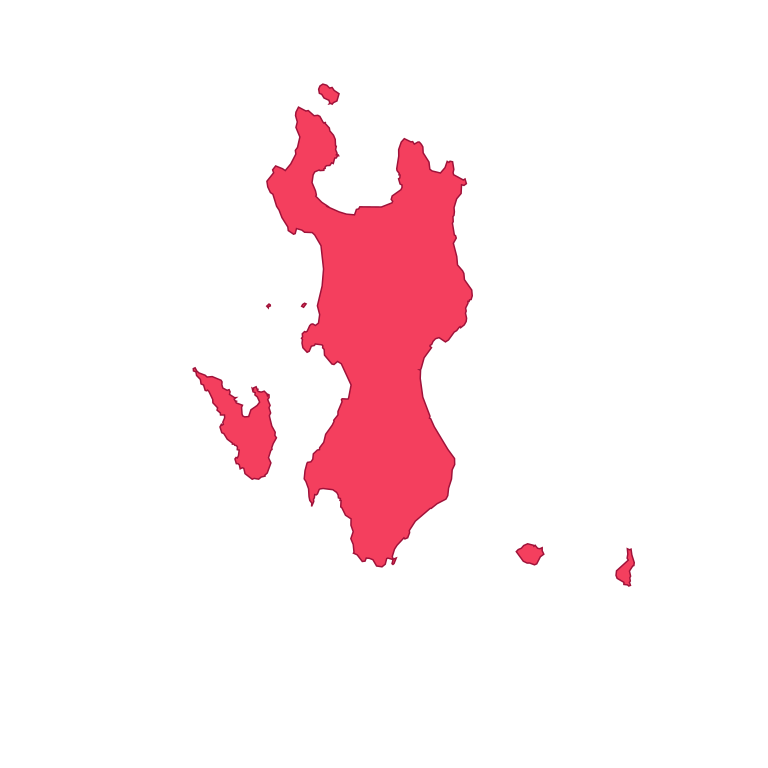 outline of Praslin, Baie Sainte Anne, Seychelles, rotated 242°
{"feature_id": "34574756B43978553392406", "entity_name": "Praslin", "entity_type": "district", "adm_level": 2, "iso_a3": "SYC", "parent_name": "Seychelles", "parent_adm1": "Baie Sainte Anne", "projection": "mercator", "projection_center": [55.728, -4.319], "detail": "fine", "context": "isolated", "style": "filled", "palette": "rose", "viewbox_px": 768, "rotation_deg": 242, "n_neighbors": 0, "source": "geoboundaries", "source_scale": "gbopen_adm2", "svg_char_len": 6168}
<svg xmlns="http://www.w3.org/2000/svg" viewBox="0 0 768 768"><g transform="rotate(242 384 384)"><path d="M312.8,264.3L309.9,262.6L313.2,266.8L315.4,267.7L316.2,269.1L318.9,270.9L317.9,272.1L318.2,273.6L321.3,277.3L321.3,278.5L320.3,281.2L314.7,289.2L310.4,291.3L307.6,291.4L304.9,290.3L303.4,291.7L301.9,290.5L301.3,291.4L295.8,288.1L294.3,288.7L286.2,288.4L280.4,291.6L274.8,288.5L268.1,287.5L263.0,282.1L256.8,281.5L249.5,278.5L249.0,277.6L245.8,280.1L237.5,281.5L236.5,284.1L238.6,286.6L237.1,289.1L234.1,291.7L226.8,292.0L223.5,296.4L224.3,300.5L228.6,304.4L228.5,305.7L224.7,309.6L221.6,306.7L220.5,307.2L220.8,308.6L224.6,313.1L225.0,309.9L227.8,310.3L233.2,315.7L235.5,319.8L238.8,329.4L237.4,329.7L237.1,332.7L240.7,336.8L242.8,337.6L248.2,347.3L252.5,366.4L252.0,367.3L253.4,374.7L253.3,384.7L255.5,387.9L261.8,392.2L268.4,399.0L276.2,403.9L279.7,408.6L285.1,411.3L296.2,409.7L322.6,408.3L331.4,408.9L332.5,408.1L334.0,409.5L354.2,412.1L371.9,418.6L378.9,422.7L379.8,422.1L379.4,423.0L380.7,424.5L388.3,431.7L393.8,443.0L395.7,442.3L396.5,442.8L396.5,444.6L398.6,447.3L399.8,450.8L399.1,454.4L392.3,458.0L392.6,461.6L396.9,470.4L397.0,473.2L398.7,476.9L398.9,478.1L397.7,478.1L398.5,482.6L400.6,485.9L403.3,487.8L408.3,489.2L409.8,490.8L412.7,491.7L415.8,496.0L417.5,496.9L416.9,497.8L418.1,499.0L417.7,500.6L420.4,503.3L425.8,505.6L438.3,504.0L444.1,506.4L447.1,506.5L454.6,504.8L462.4,508.1L475.7,511.3L478.9,516.3L481.4,516.8L482.6,516.1L493.9,519.9L494.8,521.3L499.5,523.5L500.0,524.9L503.0,527.0L506.8,528.6L513.4,535.1L516.0,541.5L523.5,546.0L521.8,547.8L522.2,550.8L527.0,551.8L526.9,549.8L536.1,543.7L538.3,544.3L540.7,546.4L548.0,548.9L549.7,546.9L549.2,545.3L550.9,544.3L546.4,539.5L543.8,532.9L549.5,526.5L552.1,525.3L558.8,527.9L569.7,527.1L575.1,529.6L578.1,529.5L581.0,528.8L581.7,527.6L581.6,523.4L584.6,523.1L585.1,521.5L591.1,517.1L589.5,512.8L584.1,507.0L578.3,504.0L568.1,496.3L566.3,495.7L562.7,496.3L561.7,495.4L560.9,496.3L558.5,494.7L558.4,493.2L553.0,492.1L551.3,493.3L549.1,492.2L547.6,490.2L546.2,479.5L543.6,477.0L541.3,477.5L540.2,476.1L541.5,464.8L551.8,445.8L550.5,443.8L551.1,441.6L547.2,437.4L551.6,430.6L557.0,425.2L567.1,417.3L567.0,418.0L573.6,414.4L581.9,411.9L582.5,413.0L586.8,414.2L595.6,415.0L601.9,419.6L603.8,422.4L603.4,427.2L602.5,427.6L600.9,431.2L602.2,432.0L602.0,433.3L603.1,433.7L603.8,435.7L602.4,438.8L603.9,441.7L602.5,442.7L606.6,446.5L606.0,448.0L607.3,450.0L606.8,451.1L607.7,451.2L608.8,449.6L609.7,450.9L613.7,451.3L616.3,453.5L617.0,453.0L622.9,455.8L627.4,456.2L632.9,455.0L635.7,455.9L642.1,454.3L642.5,455.5L642.6,453.5L643.9,453.1L650.4,453.0L652.3,451.7L653.7,448.2L661.0,445.5L661.7,443.2L668.6,438.5L665.4,433.9L662.5,431.9L656.1,430.5L651.9,426.7L641.6,425.7L633.5,418.7L631.9,415.4L628.4,414.1L622.1,405.0L618.8,397.0L621.7,395.5L627.4,390.7L625.4,386.2L622.3,385.7L618.0,375.8L612.6,373.9L606.4,373.6L603.7,375.0L591.3,372.6L586.8,373.0L578.8,372.0L567.8,372.8L564.4,371.5L558.7,374.5L558.5,376.2L562.3,379.7L558.5,383.7L555.3,385.1L551.4,391.7L548.1,392.8L535.7,393.3L513.9,384.6L499.6,375.4L484.3,361.9L475.5,359.8L468.5,354.7L467.9,350.9L470.4,349.4L471.0,347.8L470.4,345.8L466.7,341.0L466.6,339.4L467.6,338.5L466.7,335.4L463.8,334.2L463.1,332.6L461.6,332.9L458.6,330.8L454.1,329.4L448.1,331.0L448.0,333.3L451.5,337.6L450.7,340.7L451.6,342.1L447.8,347.5L446.5,347.9L444.8,346.8L442.6,347.4L437.4,345.0L426.1,347.4L424.7,349.0L425.7,353.6L421.9,355.8L398.6,354.5L388.4,346.3L387.6,345.1L390.6,340.1L390.2,339.1L388.0,338.6L381.4,330.5L378.3,328.8L375.6,322.6L374.5,322.4L372.0,319.0L367.0,308.9L360.8,303.4L358.0,297.3L356.3,296.2L357.0,294.2L355.5,288.8L351.0,285.8L349.6,282.9L350.7,279.7L350.1,278.7L344.6,273.6L337.7,269.0L334.6,269.3L326.9,268.2L319.7,264.9L316.0,263.8L312.8,264.3ZM383.0,216.2L382.3,217.6L380.6,218.3L376.6,217.2L376.6,219.6L375.3,220.6L370.1,219.2L361.8,222.9L361.6,225.0L358.8,228.7L359.5,231.9L358.5,235.7L359.4,236.0L360.2,239.1L367.4,247.1L373.1,247.4L378.5,252.9L378.8,254.4L380.5,255.0L383.4,258.2L387.0,263.8L389.8,263.5L392.5,265.3L399.5,265.2L408.6,267.5L410.1,268.1L411.6,270.3L417.0,271.3L418.6,273.4L424.9,274.0L425.9,276.1L428.4,277.4L429.3,276.7L428.5,275.6L430.3,276.0L433.9,274.9L434.5,271.7L436.5,269.5L437.8,269.2L438.5,270.2L439.1,269.5L441.6,269.8L441.8,266.7L440.7,266.2L442.0,265.6L438.6,264.7L436.9,266.2L434.9,264.9L432.1,266.1L426.4,265.7L424.6,261.9L423.7,254.4L418.8,249.2L420.4,245.5L422.1,244.3L424.0,244.5L430.3,247.3L431.7,249.1L436.6,244.7L438.0,244.8L438.1,245.6L439.2,244.6L441.0,244.6L441.4,247.0L442.0,245.7L447.4,242.7L449.3,244.4L451.7,244.6L452.1,242.5L456.1,239.8L459.5,240.5L461.9,242.0L463.8,241.9L471.2,235.8L473.2,231.1L475.7,230.2L480.7,225.8L483.4,224.8L487.0,224.8L487.1,222.8L485.0,221.9L483.0,223.6L479.5,222.5L474.2,224.0L470.0,222.5L467.8,224.2L462.3,223.1L461.3,224.2L461.4,225.4L459.7,225.9L450.8,225.5L447.7,224.1L441.1,225.9L439.3,224.3L435.3,225.9L433.4,225.1L431.5,228.6L428.9,227.4L425.9,223.7L423.8,223.2L423.7,221.5L424.7,221.4L423.1,219.0L417.2,217.9L415.4,219.3L408.8,219.7L403.0,222.4L402.1,221.9L401.3,223.4L399.9,223.5L398.9,224.8L397.2,225.0L394.9,223.6L393.6,225.1L388.9,221.7L387.6,219.8L388.6,218.9L387.8,217.2L383.0,216.2ZM173.9,422.1L162.1,423.8L158.7,426.3L157.6,428.5L153.7,432.0L153.5,434.4L158.1,441.0L158.7,445.2L162.5,445.4L165.2,446.8L165.4,444.3L166.8,442.5L170.7,441.7L170.3,440.2L171.5,440.2L175.5,435.8L175.8,431.5L174.5,428.2L174.8,424.8L173.9,422.1ZM109.9,501.6L106.1,499.0L102.9,498.6L96.3,502.7L94.4,501.7L92.3,504.7L90.7,505.3L90.5,507.1L93.7,507.6L94.4,509.0L97.5,510.0L98.5,511.5L103.6,512.9L106.5,518.1L106.4,519.4L108.8,521.1L116.8,522.6L122.2,524.6L122.4,522.9L124.3,521.5L119.3,519.4L116.1,516.9L113.8,517.0L109.9,501.6ZM675.0,464.7L671.0,463.4L669.0,465.0L664.7,465.3L660.3,468.6L657.5,468.0L657.1,467.2L656.7,468.8L655.4,469.6L656.2,471.5L656.0,475.3L661.4,480.6L666.6,477.8L670.2,477.4L670.8,474.9L674.7,473.7L677.5,470.8L677.2,467.4L675.0,464.7ZM491.3,352.8L492.6,351.8L492.4,349.5L491.3,347.8L489.5,349.0L491.3,352.8ZM507.8,317.0L505.6,317.6L506.4,318.1L506.3,320.3L507.2,320.7L508.6,320.0L507.8,317.0Z" fill="#f43f5e" stroke="#9f1239" stroke-width="1.5"/></g></svg>